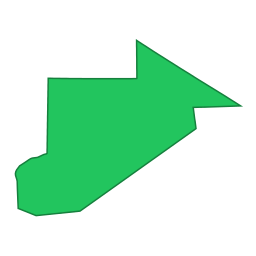 outline of Tiris Zemmour
{"feature_id": "MRT-2783", "entity_name": "Tiris Zemmour", "entity_type": "Region", "adm_level": 1, "iso_a3": "MRT", "parent_name": "Mauritania", "parent_adm1": "", "projection": "albers", "projection_center": [-9.84, 24.319], "detail": "fine", "context": "isolated", "style": "filled", "palette": "green", "viewbox_px": 256, "rotation_deg": 0, "n_neighbors": 0, "source": "natural_earth", "source_scale": "10m", "svg_char_len": 1783}
<svg xmlns="http://www.w3.org/2000/svg" viewBox="0 0 256 256"><path d="M136.6,40.4L141.8,43.8L147.1,47.2L152.3,50.6L157.6,54.0L162.9,57.3L168.2,60.7L173.5,64.0L178.8,67.4L184.1,70.7L189.5,74.0L194.8,77.4L200.1,80.7L204.7,83.5L209.2,86.3L213.8,89.1L217.7,91.5L218.3,91.9L221.6,93.9L226.4,96.9L231.1,99.9L235.9,102.9L240.6,105.9L234.7,106.1L228.8,106.3L222.8,106.5L216.9,106.7L211.0,106.9L205.0,107.1L199.1,107.2L193.2,107.4L193.5,109.7L193.8,112.1L194.1,114.4L194.4,116.8L194.7,119.1L195.1,121.5L195.4,123.8L195.7,126.2L196.0,128.6L80.0,211.1L36.1,215.6L18.9,208.7L18.3,208.4L18.2,208.4L17.7,196.1L17.4,188.7L17.2,181.3L16.8,179.4L15.6,175.6L15.4,173.7L15.8,171.7L16.7,169.8L19.1,166.6L19.6,165.9L22.4,164.1L25.9,161.8L28.8,159.8L30.6,158.7L32.2,158.1L36.8,157.5L37.8,157.3L43.8,154.5L46.6,153.8L47.0,153.3L47.1,152.3L47.1,149.9L47.2,147.7L47.2,145.4L47.2,143.2L47.3,141.0L47.3,138.7L47.3,136.5L47.4,134.2L47.4,132.0L47.4,129.8L47.5,127.5L47.5,125.3L47.5,123.1L47.6,120.8L47.6,118.6L47.6,116.3L47.7,114.1L47.7,111.9L47.8,109.6L47.8,107.4L47.8,105.1L47.9,102.9L47.9,100.7L47.9,98.4L48.0,96.2L48.0,94.0L48.0,91.7L48.1,89.5L48.1,87.2L48.1,85.0L48.2,82.8L48.2,80.5L48.2,78.3L50.9,78.3L53.6,78.4L56.3,78.4L59.0,78.4L61.6,78.5L64.3,78.5L67.0,78.5L69.7,78.6L72.4,78.6L75.0,78.6L77.7,78.6L80.4,78.6L83.1,78.7L85.8,78.7L88.4,78.7L91.1,78.7L93.8,78.7L96.5,78.7L99.2,78.7L101.8,78.7L104.5,78.7L107.2,78.7L109.9,78.7L112.5,78.7L115.2,78.7L117.9,78.7L120.6,78.7L123.3,78.7L125.9,78.7L128.6,78.7L131.3,78.7L134.0,78.6L136.2,78.6L136.8,78.5L136.9,78.1L136.9,76.7L136.9,76.3L136.9,75.2L136.9,73.4L136.9,71.1L136.8,68.3L136.8,65.2L136.8,62.0L136.8,58.6L136.7,55.2L136.7,51.9L136.7,48.8L136.6,46.1L136.6,43.8L136.6,42.0L136.6,40.8L136.6,40.4Z" fill="#22c55e" stroke="#15803d" stroke-width="1.5"/></svg>